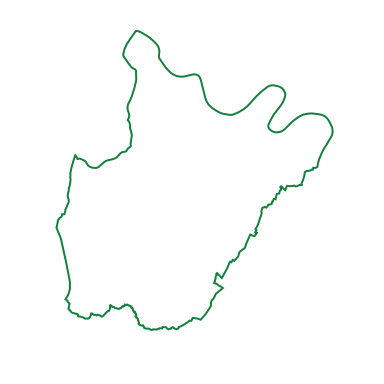 Manorom, Chai Nat, Thailand, rotated 102°
{"feature_id": "78962969B59709031749795", "entity_name": "Manorom", "entity_type": "district", "adm_level": 2, "iso_a3": "THA", "parent_name": "Thailand", "parent_adm1": "Chai Nat", "projection": "orthographic", "projection_center": [100.194, 15.331], "detail": "fine", "context": "isolated", "style": "outline", "palette": "green", "viewbox_px": 384, "rotation_deg": 102, "n_neighbors": 0, "source": "geoboundaries", "source_scale": "gbopen_adm2", "svg_char_len": 6004}
<svg xmlns="http://www.w3.org/2000/svg" viewBox="0 0 384 384"><g transform="rotate(102 192 192)"><path d="M270.0,144.9L258.9,141.6L253.9,140.7L252.2,140.2L252.5,138.8L249.9,138.0L250.5,136.3L245.4,133.4L241.8,133.2L240.6,132.9L235.6,128.6L230.7,128.1L221.4,126.1L221.4,125.8L221.9,124.5L222.1,123.7L222.1,121.6L218.4,120.0L218.2,121.7L215.9,121.0L215.2,122.2L212.0,121.1L209.5,120.5L203.9,120.1L200.3,119.5L197.8,119.5L197.2,119.9L196.5,120.2L193.1,119.9L192.6,119.7L192.1,118.4L191.5,118.1L191.8,116.1L189.8,114.9L189.2,114.7L188.6,114.7L187.7,112.7L187.4,111.7L184.8,111.5L184.6,111.5L184.5,110.9L181.8,110.6L181.7,110.3L181.8,108.8L176.4,108.7L175.3,106.4L172.4,106.4L171.4,105.4L170.3,105.4L168.9,106.7L168.7,106.7L167.8,106.0L170.9,101.3L169.9,100.9L168.0,100.8L166.1,100.1L166.1,98.1L165.7,96.8L165.5,95.6L164.4,93.3L164.6,92.7L165.0,92.1L164.4,90.5L162.9,88.4L162.4,86.1L161.9,86.1L161.7,86.6L160.6,86.6L159.0,86.2L154.4,85.6L152.6,85.5L151.2,85.6L150.8,85.8L149.1,85.7L148.5,85.0L147.7,84.5L147.0,82.1L146.1,80.5L145.1,79.5L145.1,78.5L143.1,78.4L142.9,76.7L142.6,76.0L141.4,74.6L136.1,74.7L134.5,74.5L132.5,74.3L126.9,73.2L122.6,72.1L118.7,70.5L112.2,68.4L109.6,67.5L107.4,66.9L106.6,66.8L104.3,66.9L101.9,67.5L99.5,68.5L94.3,72.5L92.8,74.0L91.8,75.3L90.3,77.7L89.7,80.2L89.5,82.8L90.1,90.1L90.6,92.7L91.7,96.1L93.0,98.9L94.6,101.2L96.9,103.8L100.8,107.3L103.3,109.2L111.0,114.2L112.7,115.6L114.2,117.2L115.2,118.9L115.7,120.2L116.2,122.2L116.3,123.2L116.1,125.2L115.6,127.1L115.2,128.0L114.2,129.5L113.0,130.5L111.5,131.1L110.7,131.2L109.3,131.1L102.5,129.2L98.4,127.8L91.4,124.3L87.6,122.6L84.6,121.6L80.3,120.9L77.7,120.9L76.6,121.2L75.6,121.6L74.7,122.4L73.3,123.5L72.4,124.7L71.7,125.7L70.9,128.0L70.7,129.6L70.6,133.6L70.9,135.7L71.7,137.6L72.9,139.5L73.9,140.4L78.6,144.4L81.0,146.2L85.8,149.4L93.3,153.7L97.2,156.1L100.9,159.3L104.1,162.8L106.4,165.9L108.0,168.5L108.6,170.3L108.9,174.0L109.0,178.2L108.7,180.6L108.3,182.4L107.2,185.8L105.5,190.1L103.8,192.9L102.8,194.2L100.7,196.3L97.3,198.5L80.9,206.5L78.7,207.8L78.0,208.5L77.0,209.7L76.6,210.6L76.2,212.6L76.4,214.2L77.3,216.6L80.1,222.4L81.4,226.0L81.6,227.4L81.8,230.1L81.6,231.7L81.3,233.4L80.4,236.3L79.4,238.2L78.0,240.4L75.3,244.1L68.0,251.8L66.6,252.5L61.1,253.2L59.1,253.9L57.1,255.1L56.1,256.0L54.9,257.3L53.9,258.6L51.4,262.7L49.5,266.4L48.7,268.3L46.7,274.1L46.0,276.7L45.9,278.3L46.2,280.3L48.1,281.3L54.3,283.9L61.3,286.7L66.6,287.8L71.7,287.9L73.1,287.4L73.8,286.8L78.3,282.1L81.1,278.9L82.6,277.0L83.1,276.1L83.9,273.2L84.6,272.2L84.9,272.1L93.2,270.0L95.0,269.8L102.6,270.0L112.0,270.9L114.5,271.4L118.5,272.6L120.8,272.8L122.8,272.7L124.9,272.0L129.7,269.3L132.5,269.2L134.4,269.7L135.2,269.7L135.6,268.9L136.2,268.2L138.1,267.1L139.6,266.4L141.6,266.1L143.1,265.6L144.1,264.8L149.0,262.6L156.4,262.2L158.5,261.9L159.7,261.4L160.8,262.0L162.1,263.3L162.9,263.8L165.1,264.5L165.9,265.0L166.6,266.0L167.5,268.4L168.4,269.5L169.1,270.2L172.0,271.6L173.8,272.8L174.6,273.7L176.2,276.0L178.9,281.7L179.6,282.8L181.4,284.4L186.6,288.3L187.7,289.5L188.2,290.4L188.6,291.6L188.9,294.3L188.9,295.7L188.5,297.3L187.7,299.2L184.8,301.9L184.2,302.9L183.6,304.1L182.6,308.4L182.7,309.2L183.5,310.5L183.5,311.1L182.1,311.9L180.8,313.1L180.3,313.8L185.2,314.4L194.3,315.0L199.3,314.9L200.6,314.4L203.3,314.1L204.1,313.7L205.3,313.3L211.4,312.9L213.4,313.3L216.6,312.8L219.2,313.0L221.6,312.9L222.6,312.3L225.8,310.8L227.3,310.5L235.4,312.1L238.3,312.0L240.2,312.3L240.5,312.6L240.8,314.5L241.5,314.4L243.2,314.4L245.0,316.2L247.6,317.2L253.0,317.0L255.0,317.2L264.6,310.7L285.6,301.1L302.9,293.7L305.9,292.6L312.1,291.3L317.1,291.5L320.0,292.2L323.2,293.5L324.2,291.3L325.1,291.0L325.8,289.7L326.4,289.2L326.8,288.5L329.0,288.6L330.3,288.5L331.8,288.6L332.7,287.5L333.5,286.1L334.1,285.9L335.0,284.2L335.1,282.1L335.3,281.1L335.1,279.6L335.6,278.1L335.9,277.9L336.9,278.0L337.1,277.8L337.2,272.7L338.1,270.2L337.7,269.4L337.6,267.7L337.1,267.0L336.9,266.4L336.7,266.2L333.9,265.4L331.8,265.3L331.6,265.2L331.6,264.6L332.1,263.8L332.5,262.0L332.2,260.8L332.6,259.7L332.3,259.4L331.8,259.0L331.6,258.6L331.9,256.3L332.6,255.0L332.6,254.3L332.3,253.7L331.4,253.0L327.7,250.8L325.6,249.1L325.4,248.4L323.6,248.0L319.9,248.6L319.6,248.3L319.6,248.1L320.0,247.8L320.1,247.3L320.6,247.0L320.5,246.5L321.0,246.1L320.7,244.6L321.0,243.9L321.6,243.1L321.3,241.8L321.6,240.6L321.5,240.1L321.6,239.6L321.3,238.8L320.9,238.7L320.6,238.2L320.5,237.4L320.0,237.2L319.5,236.7L318.1,236.3L318.2,235.2L317.6,235.0L317.6,234.4L316.1,234.2L316.3,233.1L316.0,232.4L315.7,232.3L315.6,232.0L315.9,231.6L315.9,230.6L316.3,230.2L316.1,229.8L316.1,229.1L316.6,228.2L316.6,227.5L317.6,227.5L318.1,226.8L317.9,226.3L318.3,226.1L318.4,225.7L318.8,225.7L319.1,225.4L319.4,225.4L319.7,225.2L320.6,224.7L320.7,224.2L321.2,224.0L321.0,223.0L321.5,222.9L321.6,222.5L322.4,222.3L323.0,221.3L324.2,220.8L324.8,220.9L325.1,221.4L325.5,221.4L325.8,221.0L325.9,220.5L326.4,220.3L326.6,219.3L327.1,219.0L327.4,218.6L328.1,218.2L328.7,218.2L329.1,217.6L329.9,217.5L331.2,216.6L331.9,216.9L332.2,216.8L332.8,215.5L333.1,214.6L333.1,213.4L332.7,212.5L332.6,212.0L332.9,211.8L333.5,211.7L333.9,211.2L334.0,210.7L334.8,210.5L334.8,209.8L335.3,209.1L334.8,207.0L334.7,205.5L335.4,203.5L335.3,202.4L335.0,201.8L334.4,201.5L333.9,197.9L333.0,197.2L332.7,196.4L332.7,195.7L331.9,195.2L331.7,192.9L330.2,192.8L330.1,191.3L329.6,190.2L329.9,189.2L330.6,188.2L331.2,186.5L331.1,186.2L329.9,184.2L328.7,183.5L328.3,182.9L329.2,180.5L329.4,178.7L328.5,177.2L327.8,176.9L327.3,177.0L326.8,176.9L326.6,176.3L324.3,173.2L322.7,171.5L321.2,170.4L320.8,169.5L319.1,168.4L318.2,167.3L318.3,166.1L318.1,165.8L315.1,165.2L314.6,161.1L315.1,156.9L314.4,156.6L310.1,154.1L307.2,152.7L302.6,150.9L299.2,149.8L295.9,150.5L293.5,150.0L291.9,148.8L286.5,147.4L279.5,141.9L278.4,144.2L278.2,146.0L277.8,146.5L276.7,149.0L276.5,151.5L274.7,151.1L271.7,151.0L269.5,151.2L268.4,150.7L267.7,150.8L267.3,151.2L266.7,151.1L266.1,150.6L270.0,144.9Z" fill="none" stroke="#15803d" stroke-width="2"/></g></svg>